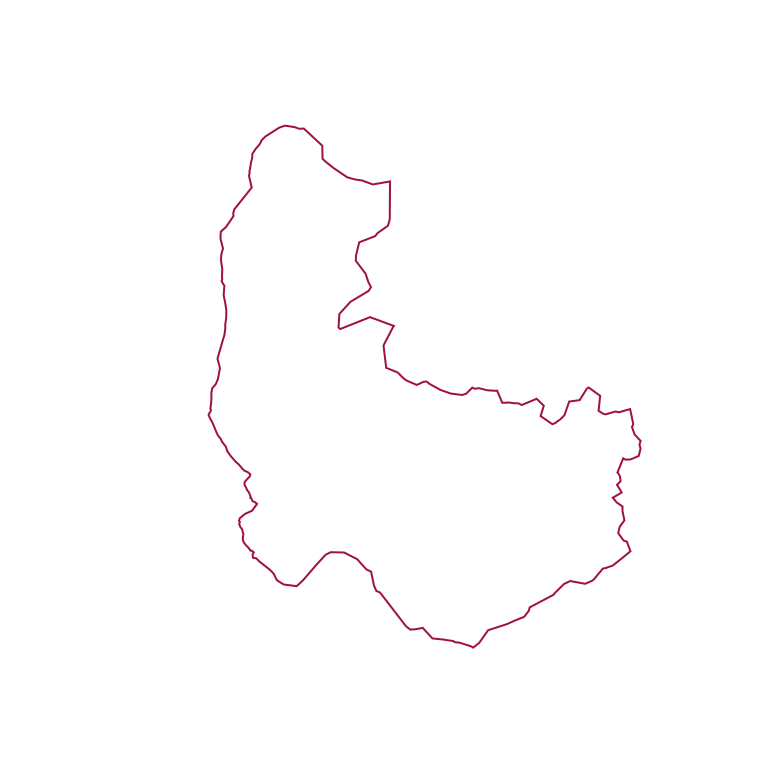 Kanam, Plateau, Nigeria (Robinson projection), rotated 240°
{"feature_id": "59680162B74099392913903", "entity_name": "Kanam", "entity_type": "district", "adm_level": 2, "iso_a3": "NGA", "parent_name": "Nigeria", "parent_adm1": "Plateau", "projection": "robinson", "projection_center": [10.139, 9.467], "detail": "fine", "context": "isolated", "style": "outline", "palette": "rose", "viewbox_px": 768, "rotation_deg": 240, "n_neighbors": 0, "source": "geoboundaries", "source_scale": "gbopen_adm2", "svg_char_len": 3658}
<svg xmlns="http://www.w3.org/2000/svg" viewBox="0 0 768 768"><g transform="rotate(240 384 384)"><path d="M252.6,207.3L254.3,215.0L256.5,221.5L261.3,235.2L265.3,248.1L265.0,253.7L258.0,265.2L245.7,273.2L240.8,274.2L233.7,275.7L232.3,276.0L227.9,279.0L214.7,274.6L212.9,274.4L208.6,273.9L205.4,276.3L174.0,280.5L163.2,281.9L158.3,283.9L156.2,287.8L153.4,295.6L142.4,298.1L139.5,298.7L138.3,300.3L133.2,307.4L129.4,312.1L126.8,315.4L125.8,315.9L124.9,316.3L122.4,319.9L113.1,328.4L111.1,329.4L112.3,337.2L118.7,351.0L114.5,370.8L113.9,377.8L112.3,389.0L115.1,395.9L117.7,398.5L116.7,425.6L117.4,426.9L120.8,439.9L120.3,446.7L110.4,458.3L109.6,465.5L109.7,467.7L114.7,481.1L113.7,484.3L112.4,491.3L113.9,501.6L115.9,513.8L126.0,515.5L128.7,513.2L137.8,512.3L142.6,516.9L145.7,524.0L154.7,527.0L158.7,529.3L165.1,526.3L171.1,525.3L171.2,535.6L180.2,535.4L181.4,540.1L183.8,541.3L186.4,542.2L189.8,542.2L190.6,541.9L200.0,554.0L197.9,555.1L195.4,559.8L194.3,568.6L199.8,573.9L203.7,574.9L206.4,577.8L214.8,575.8L222.7,577.2L224.6,579.8L239.2,584.6L242.1,573.1L244.4,570.8L247.0,560.5L248.8,558.9L253.5,556.4L265.7,565.3L278.6,559.5L278.6,557.4L272.2,545.4L276.2,535.6L266.8,524.7L265.3,519.4L264.6,512.4L265.0,509.7L277.9,503.6L285.3,511.5L294.9,508.8L296.9,492.8L300.1,490.7L302.2,487.1L304.5,484.2L304.9,483.9L308.6,477.0L318.8,478.3L321.7,478.6L322.0,477.7L327.0,470.2L332.8,464.3L334.6,460.0L336.7,458.7L334.5,450.2L335.4,446.2L342.4,437.0L350.8,429.8L361.3,423.5L364.9,422.1L366.1,419.3L366.6,413.8L366.9,411.8L376.1,405.0L380.3,403.4L387.0,401.7L396.9,394.0L417.3,402.7L418.0,403.4L428.4,419.7L429.3,421.6L448.9,405.3L453.5,373.5L455.7,372.9L467.0,380.4L472.0,396.2L472.3,417.1L474.4,421.2L480.0,421.4L488.7,423.2L504.9,421.2L509.5,424.2L519.1,433.4L516.5,450.3L517.9,453.9L519.1,466.6L522.2,469.8L523.7,471.3L556.4,490.5L562.4,474.1L571.2,466.8L575.8,461.0L581.4,455.5L596.7,448.1L605.7,444.6L609.8,443.4L621.2,449.7L645.3,442.3L647.5,438.1L651.2,435.0L657.3,427.3L658.4,421.4L657.7,405.3L656.2,399.5L654.9,398.1L653.4,395.3L652.0,390.9L649.2,385.2L645.2,382.5L642.5,379.7L637.2,375.5L635.8,374.1L632.8,372.3L632.3,371.3L623.1,368.5L620.3,367.7L613.5,350.4L610.1,341.7L609.5,341.1L607.4,338.9L604.7,337.6L601.9,331.9L600.3,328.5L599.1,326.1L597.5,318.9L593.6,316.2L590.9,314.8L581.8,312.3L579.4,309.8L577.8,308.1L573.8,305.4L571.2,304.1L564.6,301.5L558.0,297.4L555.4,296.1L554.1,294.7L550.9,294.8L548.9,294.9L545.0,292.2L541.0,289.5L537.1,288.2L533.2,286.9L526.6,284.3L520.0,280.3L514.7,276.1L512.1,274.8L508.6,272.1L506.7,270.7L502.8,266.6L502.7,266.5L500.0,263.7L497.3,260.9L490.4,253.7L489.9,253.2L489.3,252.5L483.5,250.9L480.2,250.0L479.2,249.4L471.5,242.8L468.2,238.6L467.0,235.5L466.2,233.1L462.4,229.9L458.6,227.8L455.0,225.5L452.5,223.7L449.5,221.3L447.9,221.1L446.8,219.8L446.2,218.4L445.0,216.7L442.9,216.3L439.0,216.1L436.3,216.1L430.7,215.4L425.8,214.7L422.2,214.5L418.7,215.1L414.3,214.9L409.1,215.7L404.2,214.7L398.3,215.2L391.3,216.6L386.9,218.0L381.3,219.0L378.8,219.7L375.7,222.0L372.6,223.0L371.1,221.6L369.4,216.0L368.8,214.3L367.6,213.5L366.6,212.9L364.5,212.8L362.8,212.7L360.3,212.4L358.9,212.7L357.7,212.8L353.0,212.1L352.2,211.3L351.5,211.9L350.1,211.8L349.0,211.6L347.9,211.7L347.4,212.3L346.0,213.2L343.6,214.1L340.5,206.9L340.2,206.2L341.0,198.9L339.9,192.1L338.1,190.1L336.6,190.2L335.0,188.5L332.2,188.1L329.8,188.4L328.7,188.3L327.6,188.1L323.9,186.9L321.5,184.8L318.4,183.5L316.5,183.4L312.8,184.0L309.4,184.9L306.6,184.9L305.7,186.2L303.3,187.1L302.2,185.0L298.9,183.7L296.8,186.3L293.2,187.1L279.9,192.4L274.7,193.6L268.0,193.1L265.7,194.1L260.4,197.0L252.6,207.3Z" fill="none" stroke="#9f1239" stroke-width="2"/></g></svg>